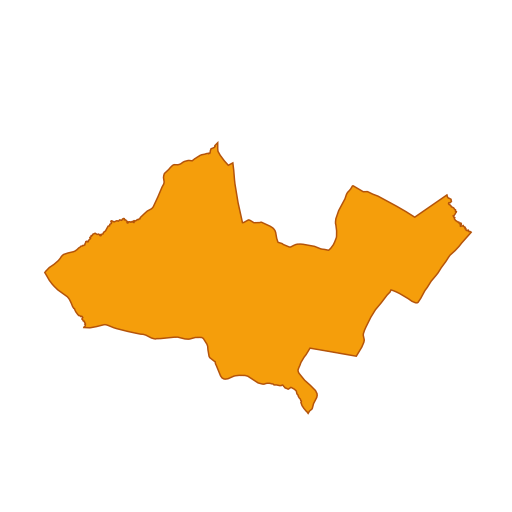 Mueang Roi Et, Roi Et, Thailand, rotated 119°
{"feature_id": "78962969B98295189925556", "entity_name": "Mueang Roi Et", "entity_type": "district", "adm_level": 2, "iso_a3": "THA", "parent_name": "Thailand", "parent_adm1": "Roi Et", "projection": "orthographic", "projection_center": [103.568, 16.014], "detail": "fine", "context": "isolated", "style": "filled", "palette": "amber", "viewbox_px": 512, "rotation_deg": 119, "n_neighbors": 0, "source": "geoboundaries", "source_scale": "gbopen_adm2", "svg_char_len": 6091}
<svg xmlns="http://www.w3.org/2000/svg" viewBox="0 0 512 512"><g transform="rotate(119 256 256)"><path d="M402.0,371.9L399.5,366.8L398.9,365.9L395.0,361.2L390.1,356.0L389.3,354.9L388.8,353.7L388.4,351.7L387.7,345.8L387.1,342.8L384.2,331.8L381.7,323.5L380.3,319.1L379.2,316.7L378.6,314.0L378.4,307.7L377.8,305.1L377.3,303.7L376.5,302.9L374.6,299.6L366.6,288.1L364.9,285.1L363.0,278.0L361.5,274.8L360.7,273.7L356.7,269.6L354.5,265.8L353.6,264.0L353.6,262.6L353.8,261.8L356.9,256.2L358.4,254.5L361.4,252.5L366.4,248.5L367.1,247.5L367.4,246.8L368.3,241.1L368.2,240.5L369.9,239.2L371.1,237.5L378.0,228.9L379.1,226.6L379.1,224.5L378.6,223.2L376.9,221.0L371.8,217.1L370.7,215.9L368.5,212.8L365.8,207.7L365.1,204.9L366.0,192.7L365.1,189.1L364.6,187.6L364.2,186.9L362.5,185.3L361.7,184.2L360.6,182.1L360.2,180.3L359.7,179.3L360.0,177.7L358.9,175.8L357.8,172.2L356.8,170.8L356.4,170.7L356.0,170.3L356.0,169.6L356.6,168.5L356.9,167.2L357.2,167.0L357.1,166.3L357.2,165.7L356.9,165.1L357.0,164.1L356.8,163.2L354.9,162.2L354.1,161.9L353.9,161.4L353.9,158.0L354.4,155.6L355.1,154.8L356.7,153.4L357.2,152.3L357.3,151.7L358.2,151.0L359.2,149.3L359.6,147.9L360.8,146.7L360.9,146.0L361.2,145.8L362.6,145.6L363.0,144.8L363.5,144.4L364.6,143.1L366.1,140.2L367.5,136.5L367.5,136.0L368.4,134.1L365.5,134.0L362.9,132.9L361.9,132.9L357.2,134.1L350.3,134.3L348.3,134.9L346.8,135.9L344.8,138.8L342.8,145.7L341.1,153.2L338.4,159.9L337.7,161.6L336.9,162.7L336.2,163.4L335.3,164.0L332.9,164.4L330.4,164.6L327.3,165.1L321.2,164.9L318.0,164.4L310.4,164.1L295.0,119.7L284.4,119.3L280.6,119.7L279.0,119.9L277.2,120.5L276.5,121.0L273.4,123.7L272.0,124.4L268.3,125.1L264.9,125.4L253.9,125.9L245.1,125.5L236.3,123.8L226.6,122.4L222.6,121.3L220.2,121.5L219.7,118.8L219.4,116.0L219.2,112.3L219.5,102.2L220.0,97.6L219.6,93.9L218.9,92.4L218.0,91.8L213.0,91.4L204.3,91.5L200.6,91.0L193.2,90.6L185.0,89.0L182.4,88.6L176.4,88.3L168.8,87.3L163.9,87.0L161.2,86.7L154.8,84.5L149.2,83.1L144.8,82.4L130.9,79.3L130.8,79.7L131.1,80.0L130.8,80.6L131.4,81.7L130.5,82.7L130.8,82.9L130.8,83.3L131.4,83.4L131.6,84.5L131.2,85.1L130.5,85.4L130.7,86.4L130.4,86.5L130.1,86.9L129.5,86.9L129.5,88.7L128.9,89.5L129.8,90.1L130.1,90.8L130.8,91.3L130.9,91.6L130.7,91.8L130.2,91.7L129.8,92.4L129.3,92.6L128.9,92.4L129.0,91.9L128.8,91.7L128.3,92.0L127.9,92.5L128.0,92.8L128.8,93.2L128.2,93.6L128.7,94.5L128.0,95.1L128.5,96.3L128.2,97.3L128.2,98.5L127.5,100.2L127.1,100.6L126.1,100.8L126.3,101.6L125.6,102.0L125.5,102.3L125.6,102.6L125.3,103.0L124.7,102.5L124.4,102.4L122.5,102.2L121.3,102.3L120.6,102.1L120.0,102.3L120.2,103.2L118.9,103.9L118.9,104.9L118.1,106.4L118.1,108.1L118.3,108.9L117.6,109.8L117.6,110.4L117.2,111.2L117.4,112.0L117.0,112.9L116.6,113.1L115.9,113.2L115.6,112.9L115.5,112.2L114.3,111.7L113.3,111.6L112.8,112.3L112.2,112.6L111.8,113.1L111.9,114.1L111.8,114.8L112.1,115.7L111.6,117.0L110.8,118.0L110.2,118.3L110.0,118.6L145.1,136.0L144.5,146.3L144.3,157.0L144.5,178.3L145.3,183.8L145.6,189.3L145.7,189.8L147.8,193.4L147.5,204.9L147.7,205.3L148.0,205.6L151.4,205.7L153.6,206.1L155.3,206.6L157.0,206.8L158.6,206.7L162.9,205.9L176.2,205.7L184.7,204.2L187.4,203.1L188.9,202.3L190.1,201.2L194.9,197.7L199.7,195.1L201.1,194.6L205.5,194.0L208.6,193.8L212.6,194.3L214.5,194.8L215.8,195.3L217.0,199.2L218.0,201.6L218.4,203.1L219.2,209.5L222.9,220.4L224.0,222.9L225.5,225.4L226.5,226.6L228.1,227.9L231.4,230.1L231.8,230.8L232.0,231.3L232.7,237.6L232.5,239.3L233.3,243.1L233.2,243.6L230.6,246.4L225.8,250.3L224.6,251.7L223.8,253.3L223.3,254.9L223.1,258.0L223.8,267.4L224.0,268.0L225.0,269.0L227.9,273.9L227.7,278.1L227.8,279.4L228.2,280.2L232.7,283.0L233.4,284.0L218.0,297.6L203.1,309.4L200.0,311.6L191.6,317.2L185.8,321.4L190.1,324.2L188.1,329.9L185.3,336.1L182.9,340.0L180.9,341.4L175.5,344.4L179.4,345.5L179.9,345.3L180.0,344.9L181.3,345.1L181.8,345.6L182.6,346.1L184.0,347.3L186.3,346.9L187.5,346.3L188.6,346.2L188.7,346.7L189.3,346.9L189.1,347.2L189.2,347.5L189.7,347.9L190.2,348.7L191.8,350.2L193.7,352.5L195.0,353.6L200.4,356.6L203.7,358.0L204.9,360.9L205.4,361.7L207.1,363.5L208.1,364.5L209.3,365.3L212.0,366.6L213.2,367.6L214.1,368.6L215.8,371.8L216.5,372.5L217.8,373.1L220.1,373.8L222.7,374.3L228.2,376.1L230.3,375.7L232.3,374.9L235.8,372.2L237.7,371.6L241.2,371.6L251.5,370.5L262.7,369.7L264.2,369.9L265.7,370.5L269.4,372.9L273.2,374.2L278.3,375.8L278.8,375.8L279.6,375.5L280.2,376.2L281.1,376.4L281.7,377.5L282.8,377.8L284.2,378.9L284.1,379.6L284.3,379.9L285.2,379.8L285.6,379.0L285.9,379.0L286.1,379.7L286.0,380.3L285.6,380.7L285.7,381.0L286.2,381.3L287.0,381.6L287.2,381.9L287.1,382.8L287.8,383.8L288.9,383.9L289.5,384.5L289.4,384.8L289.0,384.5L288.1,385.1L288.2,386.2L287.6,387.5L288.2,388.6L287.2,389.2L287.2,389.6L287.4,390.0L288.4,390.7L289.9,390.8L290.1,391.2L290.4,392.6L290.6,392.8L291.9,393.1L292.3,393.3L292.5,394.5L292.8,395.0L294.6,396.3L295.0,396.7L295.1,398.7L295.2,399.4L295.5,399.7L296.3,399.6L296.5,399.4L296.9,398.4L297.7,398.3L299.2,399.2L299.6,399.1L300.5,398.7L301.6,399.8L306.9,399.8L308.1,400.2L309.2,400.8L310.8,400.5L312.4,402.1L312.8,401.4L313.2,401.4L313.6,401.7L313.8,402.5L313.2,403.7L313.1,404.2L314.2,405.4L314.1,407.8L314.7,408.1L315.9,409.2L317.0,409.1L317.5,409.4L318.0,410.0L318.3,410.0L318.4,409.6L318.7,409.4L320.3,410.3L320.5,410.2L321.0,409.2L322.6,409.8L324.2,410.0L324.5,409.7L324.9,409.7L325.3,410.2L325.1,411.1L325.9,411.8L326.6,411.5L328.1,411.5L329.3,411.1L329.6,411.4L330.4,411.8L330.6,412.5L331.7,412.9L332.2,413.8L333.4,414.1L334.8,414.9L337.4,415.7L339.6,416.8L340.9,417.9L344.5,421.9L347.9,425.0L349.3,425.6L351.0,426.0L353.0,426.1L356.0,426.7L361.2,428.6L366.3,431.2L371.2,432.5L372.9,432.7L373.7,431.2L377.5,424.9L379.4,420.6L380.4,417.7L381.7,413.0L383.1,401.2L383.9,399.2L384.5,398.0L386.9,394.6L389.1,391.9L390.2,389.9L390.0,389.3L391.1,388.1L392.2,386.5L393.6,383.5L394.0,382.1L393.6,381.3L393.9,379.7L393.2,379.3L393.2,378.7L393.9,377.6L395.1,377.8L395.6,377.6L395.8,376.6L396.6,375.5L396.3,374.8L396.3,374.5L397.4,373.6L397.5,372.9L397.8,372.5L398.6,372.6L398.6,372.0L399.7,371.5L401.0,371.7L401.5,372.0L402.0,371.9Z" fill="#f59e0b" stroke="#b45309" stroke-width="1.5"/></g></svg>